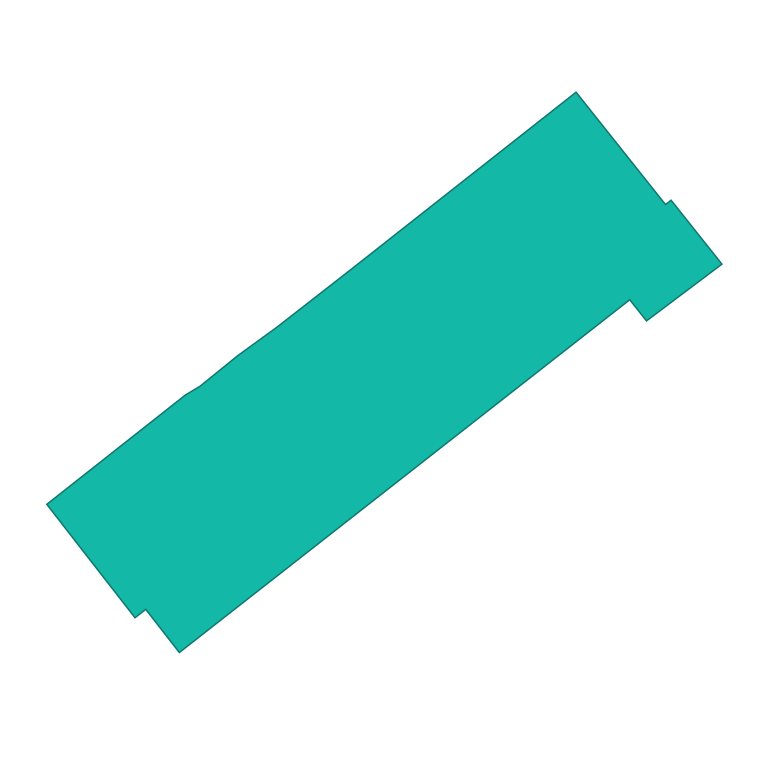 the district of Pennington, Minnesota, United States of America, rotated 322°
{"feature_id": "52423323B40299711092463", "entity_name": "Pennington", "entity_type": "district", "adm_level": 2, "iso_a3": "USA", "parent_name": "United States of America", "parent_adm1": "Minnesota", "projection": "natural_earth1", "projection_center": [-96.089, 48.054], "detail": "fine", "context": "isolated", "style": "filled", "palette": "teal", "viewbox_px": 768, "rotation_deg": 322, "n_neighbors": 0, "source": "geoboundaries", "source_scale": "gbopen_adm2", "svg_char_len": 369}
<svg xmlns="http://www.w3.org/2000/svg" viewBox="0 0 768 768"><g transform="rotate(322 384 384)"><path d="M44.2,271.2L44.0,332.8L43.9,414.9L57.5,414.9L57.4,469.6L629.5,468.9L629.7,495.9L724.1,497.6L723.4,415.9L716.3,415.9L715.0,272.3L428.1,273.4L334.4,273.3L286.2,271.6L237.7,272.5L220.9,270.4L44.2,271.2Z" fill="#14b8a6" stroke="#0f766e" stroke-width="1.5"/></g></svg>